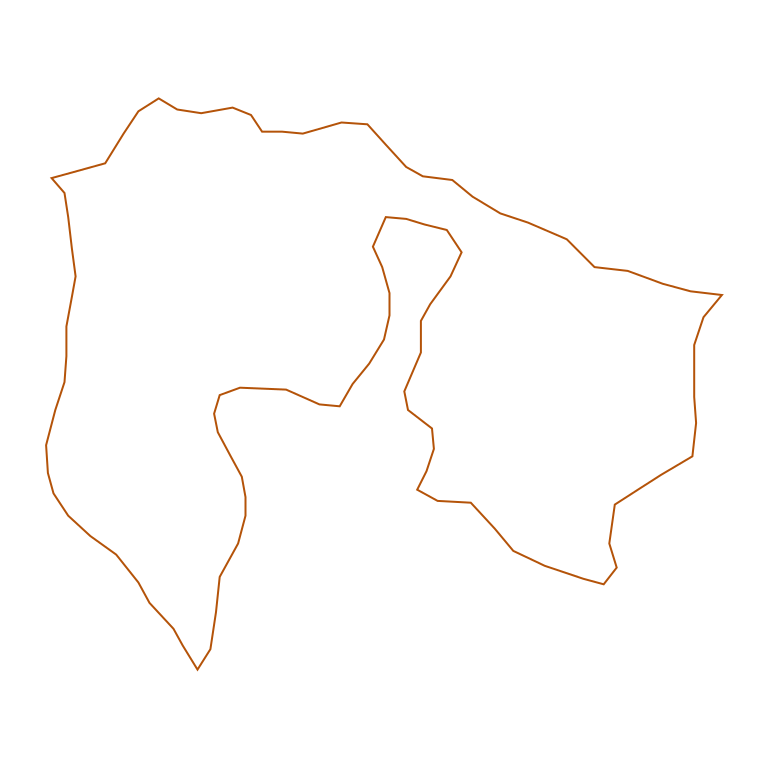 Karavas, Cyprus (Mercator projection)
{"feature_id": "46923920B26333175037014", "entity_name": "Karavas", "entity_type": "district", "adm_level": 2, "iso_a3": "CYP", "parent_name": "Cyprus", "parent_adm1": "", "projection": "mercator", "projection_center": [33.214, 35.337], "detail": "fine", "context": "isolated", "style": "outline", "palette": "amber", "viewbox_px": 768, "rotation_deg": 0, "n_neighbors": 0, "source": "geoboundaries", "source_scale": "gbopen_adm2", "svg_char_len": 1335}
<svg xmlns="http://www.w3.org/2000/svg" viewBox="0 0 768 768"><path d="M197.5,669.6L210.4,649.2L216.0,612.1L219.7,576.9L238.1,543.5L245.5,515.7L245.5,497.1L241.8,476.7L230.7,456.3L217.8,432.2L214.1,413.7L219.7,395.1L240.0,387.7L286.1,389.6L319.4,404.4L339.7,406.3L352.6,384.0L369.2,363.6L384.0,339.5L389.5,315.4L389.5,293.1L382.2,267.1L372.9,246.7L385.8,217.1L406.2,218.9L424.6,224.5L446.8,230.0L461.6,252.3L450.5,276.4L430.2,304.2L420.9,320.9L420.9,352.5L404.3,391.4L408.0,410.0L432.0,428.5L433.9,448.9L426.5,471.2L417.2,489.7L437.6,500.9L470.8,502.7L494.8,528.7L513.3,550.9L544.7,565.8L583.4,578.8L603.7,584.3L616.7,567.6L609.3,543.5L614.8,504.6L640.7,487.9L661.0,474.9L692.4,456.3L696.1,423.0L694.2,397.0L694.2,345.0L703.5,317.2L721.9,295.0L690.5,291.3L662.8,283.8L627.7,270.9L594.5,267.1L566.8,239.3L528.0,222.6L500.3,213.4L472.6,196.7L452.3,180.0L422.8,176.3L406.2,167.0L385.8,144.7L367.4,124.3L341.5,122.5L302.8,133.6L282.4,131.7L262.1,131.7L251.0,115.0L232.6,107.6L201.2,113.2L177.2,109.5L158.7,98.4L138.4,111.3L123.6,133.6L105.2,163.3L51.6,178.1L64.5,193.0L68.2,217.1L71.9,248.6L75.6,276.4L71.9,296.8L66.4,326.5L66.4,356.2L64.5,382.1L55.3,410.0L46.1,445.2L47.9,473.0L53.5,493.4L68.2,515.7L90.4,536.1L116.2,554.6L138.4,582.5L149.5,602.9L173.5,628.8L182.7,645.5L197.5,669.6Z" fill="none" stroke="#b45309" stroke-width="2"/></svg>